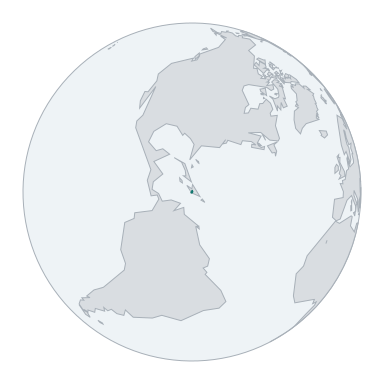 the Earth from above Pedernales, rotated 43°
{"feature_id": "DOM-1973", "entity_name": "Pedernales", "entity_type": "Province", "adm_level": 1, "iso_a3": "DOM", "parent_name": "Dominican Republic", "parent_adm1": "", "projection": "orthographic", "projection_center": [-71.507, 17.919], "detail": "fine", "context": "on_globe", "style": "filled", "palette": "teal", "viewbox_px": 384, "rotation_deg": 43, "n_neighbors": 0, "source": "natural_earth", "source_scale": "10m", "svg_char_len": 9384}
<svg xmlns="http://www.w3.org/2000/svg" viewBox="0 0 384 384"><g transform="rotate(43 192 192)"><circle cx="192" cy="192" r="169" fill="#eef3f6" stroke="#a8b0b8"/><path d="M172.6,219.8L168.6,217.9L164.7,222.7L151.3,213.9L146.7,203.7L107.0,183.4L103.2,177.7L103.7,169.3L93.6,139.5L96.5,166.4L92.0,160.5L89.0,150.6L91.5,148.7L90.5,134.7L86.9,128.7L89.3,111.9L101.8,93.0L102.5,96.5L105.5,92.0L104.8,87.5L103.6,85.8L112.8,68.1L112.4,57.8L106.6,58.5L112.3,55.7L97.6,60.3L93.8,59.5L101.6,58.1L105.0,56.4L104.2,54.5L107.5,52.3L109.0,50.4L113.1,48.2L117.3,48.1L120.0,46.8L119.3,45.6L122.9,43.1L123.6,44.9L130.0,40.8L138.2,41.1L136.9,49.9L144.9,50.0L152.6,59.5L155.3,57.4L159.9,60.4L164.8,59.4L164.8,61.9L168.7,59.0L167.7,56.9L169.1,55.0L171.9,54.4L172.4,57.3L171.1,58.1L172.7,58.6L171.8,60.5L173.8,59.2L174.1,63.2L177.9,58.4L181.6,60.9L180.7,63.8L175.4,64.5L160.2,74.8L157.7,78.9L159.4,83.4L174.0,89.3L173.4,93.7L176.5,98.9L179.3,95.7L177.9,90.6L183.8,86.4L181.3,81.2L183.4,79.0L183.0,73.6L188.8,73.5L194.7,76.4L195.4,81.0L198.0,82.7L202.1,77.8L207.8,86.6L219.4,93.1L220.3,95.8L213.5,101.0L201.6,101.6L192.8,110.3L204.4,104.0L206.3,111.6L209.1,112.8L212.4,112.2L214.0,109.2L215.8,111.9L205.1,118.7L203.2,116.3L206.7,114.0L201.1,114.6L193.9,120.1L195.4,124.0L182.9,129.8L183.8,132.8L181.6,136.0L180.9,130.7L181.9,140.7L167.4,151.8L168.4,170.0L161.1,155.8L154.5,154.0L146.6,154.0L146.6,156.9L136.2,154.1L126.6,159.6L122.7,173.7L126.0,184.9L137.6,186.2L141.2,180.3L149.9,179.6L143.3,195.7L158.4,198.7L156.7,210.9L161.0,217.3L168.6,215.9L176.5,219.0L182.2,212.0L191.3,208.1L191.5,218.0L196.5,208.9L201.6,213.6L219.8,212.5L218.4,214.8L233.7,225.4L250.2,228.9L254.0,235.5L252.0,240.0L257.7,240.6L257.8,243.3L280.2,244.3L291.5,249.0L291.0,258.5L281.2,270.9L271.7,293.6L254.0,302.8L249.0,311.2L234.4,323.7L223.7,323.7L226.3,328.7L220.0,332.2L213.0,332.8L211.4,336.3L206.2,336.6L209.4,338.7L200.7,343.1L202.9,346.3L196.4,349.3L198.0,351.0L195.7,351.0L193.2,351.6L192.9,352.5L185.8,350.9L184.0,347.0L186.7,344.9L183.6,344.5L189.4,338.8L185.9,339.9L187.1,330.5L192.2,322.1L195.7,295.3L192.1,289.6L179.2,282.8L163.6,260.1L167.7,250.8L164.3,246.2L175.5,232.8L172.6,219.8ZM33.0,144.9L34.3,141.1L33.8,144.0L33.0,144.9ZM34.9,138.5L34.4,139.8L34.7,138.6L34.9,138.5ZM34.9,137.4L34.9,138.2L34.8,137.7L34.9,137.4ZM34.9,136.4L35.0,136.8L34.9,136.9L34.9,136.4ZM167.4,176.1L184.6,185.0L174.7,186.0L176.6,184.4L172.3,180.8L164.1,177.3L155.5,179.0L167.4,176.1ZM35.3,133.8L35.5,133.0L35.3,133.8ZM175.4,166.3L172.4,165.6L175.3,165.5L175.4,166.3ZM102.5,85.4L104.4,87.7L103.8,92.8L101.8,91.0L102.5,85.4ZM104.2,76.7L106.0,76.9L102.6,81.1L102.6,79.7L104.2,76.7ZM101.8,59.8L102.7,60.8L100.6,60.6L101.8,59.8ZM108.5,50.5L107.2,51.0L108.5,49.8L108.5,50.5ZM179.8,74.1L181.3,73.9L180.6,75.0L179.8,74.1ZM178.1,72.2L176.2,73.6L175.1,72.9L176.3,72.0L178.1,72.2ZM116.0,45.5L118.5,43.7L116.7,45.5L116.0,45.5ZM180.8,70.6L173.5,71.5L171.6,70.4L174.8,66.1L180.8,70.6ZM120.5,42.6L126.6,38.8L124.2,39.3L134.5,36.0L125.9,40.1L124.0,42.1L123.1,41.7L120.5,42.6ZM166.2,56.6L167.4,58.7L163.8,57.6L166.2,56.6ZM163.6,56.4L150.8,56.6L150.5,53.4L154.8,53.8L152.3,50.5L158.5,48.8L161.2,50.2L160.2,52.5L163.3,50.2L163.6,56.4ZM139.2,35.1L141.3,34.3L139.9,35.1L139.2,35.1ZM169.4,54.2L166.8,54.4L166.3,51.6L171.4,50.7L169.9,51.9L169.4,54.2ZM148.7,50.7L149.2,48.6L154.4,46.6L155.3,45.6L158.6,48.5L148.7,50.7ZM171.4,52.2L174.0,50.4L176.7,51.2L171.8,53.9L171.4,52.2ZM164.1,51.3L164.1,49.9L165.7,50.4L164.1,51.3ZM187.9,53.7L184.8,53.6L184.3,52.1L187.9,53.7ZM174.7,49.8L173.8,49.5L173.2,49.0L175.4,48.1L174.7,49.8ZM162.0,47.0L164.0,46.8L160.9,45.7L164.6,44.5L166.2,46.7L167.1,45.2L168.2,44.8L168.2,47.2L162.0,47.0ZM176.0,45.7L179.2,48.6L185.0,48.9L185.6,50.1L176.2,49.5L176.0,45.7ZM171.4,46.3L174.4,46.2L173.6,47.7L171.1,48.7L171.4,46.3ZM166.6,42.9L160.5,44.2L160.3,43.7L166.6,42.9ZM177.8,45.4L177.0,44.8L178.3,45.3L177.8,45.4ZM170.2,43.2L168.1,43.7L168.0,43.1L170.2,43.2ZM177.1,43.2L178.2,44.0L176.5,44.7L177.1,43.2ZM174.1,43.0L174.5,42.0L175.3,44.4L173.1,43.2L174.1,43.0ZM170.5,42.6L169.7,42.4L171.4,42.5L170.5,42.6ZM182.8,40.5L184.3,43.3L180.6,44.6L179.7,41.6L182.8,40.5ZM197.6,354.0L186.4,351.5L192.7,352.7L197.1,351.3L203.0,353.1L197.6,354.0ZM210.7,350.0L215.8,348.9L217.0,349.3L213.7,350.2L210.7,350.0ZM323.4,85.8L325.8,89.4L321.3,84.5L313.2,74.4L312.2,73.3L323.4,85.8ZM305.2,66.6L305.0,66.4L300.1,62.2L305.2,66.6ZM299.5,61.7L304.0,65.6L305.5,66.9L308.5,69.7L307.3,68.9L305.3,67.0L305.5,67.6L314.8,77.1L317.4,79.4L320.6,85.3L325.1,89.8L327.6,93.7L320.9,87.5L318.1,84.3L309.4,80.3L312.7,84.0L321.1,88.3L320.5,88.8L325.1,94.8L321.2,90.7L311.1,85.8L311.0,92.3L318.8,110.7L317.1,114.7L312.0,114.7L301.2,100.1L306.3,93.0L302.5,88.5L294.6,84.7L296.8,83.1L294.2,81.0L295.5,78.4L290.5,70.9L290.8,68.3L282.4,61.9L281.4,59.9L286.6,64.1L290.4,65.9L290.3,60.6L288.3,58.6L282.9,55.0L283.5,54.4L278.2,51.7L275.0,47.9L274.5,50.5L268.1,47.3L262.6,43.5L260.4,43.1L269.4,49.3L273.0,51.5L276.3,52.5L286.1,59.9L287.6,62.6L277.0,57.3L277.9,60.8L269.2,55.8L250.3,40.9L245.7,37.0L251.8,35.9L256.6,37.9L256.8,39.2L262.6,40.4L259.3,39.1L259.8,38.8L253.8,36.3L253.9,36.0L248.0,34.3L247.4,33.7L251.2,34.8L241.8,31.2L238.9,29.9L236.7,29.3L235.2,29.1L232.5,28.0L231.0,27.6L231.3,27.8L228.6,27.4L222.7,26.4L222.1,26.0L224.2,26.3L227.4,26.8L240.5,30.1L253.2,34.5L265.6,39.9L277.4,46.2L288.8,53.5L299.5,61.7ZM226.2,26.5L223.1,26.1L219.8,25.7L221.0,25.6L220.3,25.6L218.4,25.3L216.0,24.8L214.3,24.8L194.6,23.9L187.9,23.5L191.3,23.2L176.8,23.9L170.5,24.4L170.8,24.4L164.1,25.5L166.0,25.2L165.6,25.4L149.3,29.3L145.0,30.4L138.3,33.1L138.4,33.3L141.2,32.5L134.5,36.0L124.2,39.3L124.4,38.7L117.9,41.7L119.2,40.2L117.3,40.6L121.7,38.4L126.5,36.2L127.4,35.9L127.1,36.0L138.9,31.6L151.1,28.1L163.4,25.5L175.9,23.8L188.5,23.1L201.2,23.3L213.7,24.4L226.2,26.5ZM351.2,248.6L352.7,244.1L356.7,229.8L358.4,220.6L358.5,203.9L358.8,191.2L357.8,187.6L356.4,191.4L354.8,187.1L353.6,188.5L342.8,202.9L337.0,198.8L324.0,180.8L324.1,170.1L319.7,160.1L316.8,115.5L321.2,114.4L324.7,100.9L326.0,100.8L331.0,108.7L337.9,110.5L333.8,102.5L334.6,101.4L334.2,100.8L340.3,111.0L345.6,121.6L350.1,132.5L353.9,143.8L356.9,155.2L359.1,166.9L360.4,178.6L361.0,190.5L360.6,202.3L359.5,214.1L357.6,225.8L354.8,237.3L351.2,248.6ZM323.7,135.2L325.1,138.4L323.7,135.2ZM220.3,212.3L222.5,214.1L219.6,214.3L220.3,212.3ZM173.3,190.1L176.9,190.4L178.8,191.9L176.0,192.4L173.3,190.1ZM204.3,190.1L208.5,190.8L204.1,191.8L204.3,190.1ZM187.3,186.1L200.9,189.9L192.3,192.9L183.7,190.7L189.7,189.8L187.3,186.1ZM173.5,172.1L175.8,172.8L175.1,174.7L173.5,172.1ZM177.5,166.3L176.6,166.5L175.5,164.9L177.5,166.3ZM206.9,111.2L207.9,110.7L211.2,110.8L209.6,112.1L206.9,111.2ZM226.1,104.4L228.7,108.9L225.7,106.4L224.0,108.8L215.7,106.8L220.3,97.0L219.7,101.6L226.1,104.4ZM205.9,102.1L210.6,104.0L205.2,102.3L205.9,102.1ZM278.8,73.2L281.4,73.4L284.2,76.3L283.8,80.9L279.8,76.6L278.8,73.2ZM284.5,73.1L274.0,67.3L273.8,64.6L275.7,67.0L276.6,65.8L279.9,69.5L289.9,73.2L293.0,76.1L290.7,82.2L289.7,78.4L287.2,78.2L284.5,73.1ZM247.7,61.5L243.2,60.2L248.6,55.9L252.2,57.8L252.1,62.1L247.8,62.6L247.7,61.5ZM187.8,63.4L185.7,64.0L185.6,63.1L187.2,61.8L187.8,63.4ZM186.5,53.8L196.8,60.1L194.9,61.0L203.1,64.3L201.4,68.1L196.1,65.7L201.0,71.4L195.6,70.8L199.4,74.5L187.8,68.9L183.1,69.0L189.0,67.3L190.7,63.8L190.0,62.3L184.6,58.3L175.3,57.2L175.5,53.9L178.1,51.9L180.3,51.7L179.5,53.8L183.1,51.9L183.6,54.9L186.5,53.8ZM208.5,36.7L206.6,38.2L214.0,37.1L214.5,39.1L215.4,38.9L217.9,40.6L222.4,42.4L221.9,43.4L223.8,43.7L225.6,45.0L228.1,45.9L228.0,48.0L231.1,49.3L229.3,49.6L234.7,51.4L230.7,51.1L232.5,53.1L235.4,52.4L228.9,64.1L229.2,70.1L231.7,75.5L224.5,74.8L217.5,69.7L211.7,63.0L212.4,57.7L209.0,58.6L208.4,56.5L211.3,56.6L206.4,55.2L206.6,53.5L201.4,49.0L194.1,48.5L192.1,47.0L195.1,46.4L190.9,45.5L195.1,43.5L193.8,42.5L196.6,39.9L203.1,39.7L201.1,38.6L203.1,36.9L208.5,36.7ZM183.8,39.7L191.5,38.5L195.6,39.1L189.1,43.6L189.7,44.8L185.6,48.2L179.8,47.3L181.5,46.3L181.8,45.2L183.5,45.9L182.4,44.6L184.7,43.4L184.4,42.0L187.0,41.9L183.8,39.7ZM324.2,97.0L324.6,96.3L324.5,94.6L327.4,98.6L324.2,97.0ZM317.5,93.7L317.4,92.4L321.4,96.6L321.0,97.5L317.5,93.7ZM314.0,88.4L317.1,92.0L315.2,90.5L314.0,88.4ZM286.2,62.9L285.7,61.6L286.9,62.3L288.8,64.0L286.2,62.9ZM230.5,35.8L228.8,36.1L227.8,35.6L222.0,35.2L221.2,33.9L224.3,33.7L230.5,35.8ZM328.6,94.3L329.2,94.1L329.4,95.4L328.6,94.3ZM228.6,34.3L226.4,34.2L227.3,33.6L228.6,34.3ZM220.3,33.0L220.8,32.3L220.4,33.7L220.3,33.0ZM218.0,26.4L227.0,28.2L232.9,29.3L235.3,29.4L235.8,30.4L226.7,28.6L218.0,26.4ZM197.6,24.1L195.5,24.5L193.8,24.2L194.0,24.1L197.6,24.1ZM198.1,24.4L200.4,25.2L197.6,25.4L196.3,24.7L198.1,24.4ZM214.9,28.8L217.6,29.3L216.8,29.6L214.9,28.8ZM140.5,34.2L141.2,34.3L139.4,34.7L140.5,34.2ZM166.8,25.3L166.0,25.5L163.9,25.8L166.8,25.3ZM162.7,26.6L165.6,26.1L162.8,26.7L162.7,26.6ZM172.1,25.0L166.9,25.9L171.5,24.9L172.1,25.0Z" fill="#d9dde1" stroke="#a8b0b8" stroke-width="1"/><path d="M191.2,191.6L191.3,191.6L191.3,191.4L191.2,191.3L191.2,191.2L191.3,191.2L191.4,190.9L191.6,191.0L191.9,191.1L192.0,191.2L192.2,191.3L192.3,191.4L192.3,191.5L192.2,191.7L192.3,191.9L192.4,192.0L192.5,192.0L192.6,192.3L192.4,192.7L192.4,192.8L192.2,192.9L192.0,192.5L191.9,192.5L191.8,192.4L191.6,192.5L191.5,192.4L191.6,192.2L191.6,191.9L191.4,191.7L191.2,191.6ZM192.0,193.1L191.9,193.1L191.9,192.9L192.0,192.9L192.1,193.0L192.0,193.1Z" fill="#14b8a6" stroke="#0f766e" stroke-width="1.5"/></g></svg>